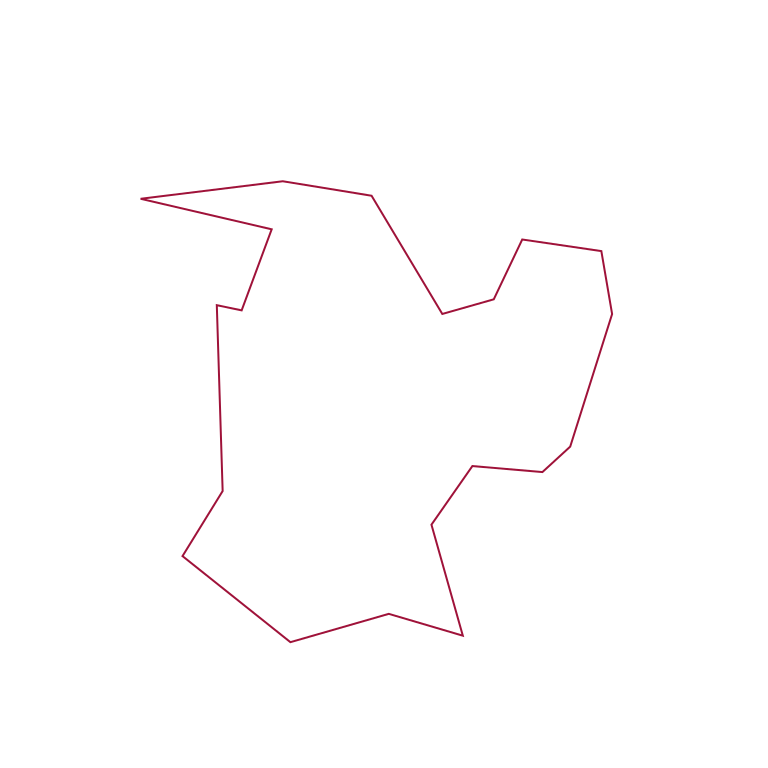 Centar, Čair, North Macedonia, rotated 338°
{"feature_id": "65306769B31528709538806", "entity_name": "Centar", "entity_type": "district", "adm_level": 2, "iso_a3": "MKD", "parent_name": "North Macedonia", "parent_adm1": "Čair", "projection": "equal_earth", "projection_center": [21.43, 41.996], "detail": "fine", "context": "isolated", "style": "outline", "palette": "rose", "viewbox_px": 768, "rotation_deg": 338, "n_neighbors": 0, "source": "geoboundaries", "source_scale": "gbopen_adm2", "svg_char_len": 418}
<svg xmlns="http://www.w3.org/2000/svg" viewBox="0 0 768 768"><g transform="rotate(338 384 384)"><path d="M621.7,404.6L635.3,342.2L566.3,301.8L517.5,346.6L464.3,340.9L443.0,204.8L366.1,158.1L227.7,121.1L337.8,198.5L279.6,262.4L258.5,248.3L194.3,422.8L132.7,468.1L200.5,588.3L302.3,598.9L362.8,646.9L375.3,532.2L435.2,493.2L497.9,525.0L533.2,511.8L621.7,404.6Z" fill="none" stroke="#9f1239" stroke-width="2"/></g></svg>